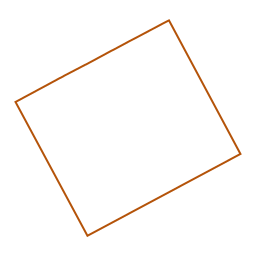 Branch, Michigan, United States of America (Equal Earth projection), rotated 152°
{"feature_id": "52423323B65745165927044", "entity_name": "Branch", "entity_type": "district", "adm_level": 2, "iso_a3": "USA", "parent_name": "United States of America", "parent_adm1": "Michigan", "projection": "equal_earth", "projection_center": [-85.104, 41.916], "detail": "fine", "context": "isolated", "style": "outline", "palette": "amber", "viewbox_px": 256, "rotation_deg": 152, "n_neighbors": 0, "source": "geoboundaries", "source_scale": "gbopen_adm2", "svg_char_len": 383}
<svg xmlns="http://www.w3.org/2000/svg" viewBox="0 0 256 256"><g transform="rotate(152 128 128)"><path d="M40.9,52.3L41.3,203.8L48.2,203.9L48.5,203.9L63.4,203.9L76.8,203.9L85.9,204.0L104.2,203.9L106.4,204.0L135.3,203.8L136.0,203.9L160.1,204.1L160.6,204.0L164.3,204.0L164.6,204.1L175.1,204.0L215.1,203.8L214.4,51.9L40.9,52.3Z" fill="none" stroke="#b45309" stroke-width="2"/></g></svg>